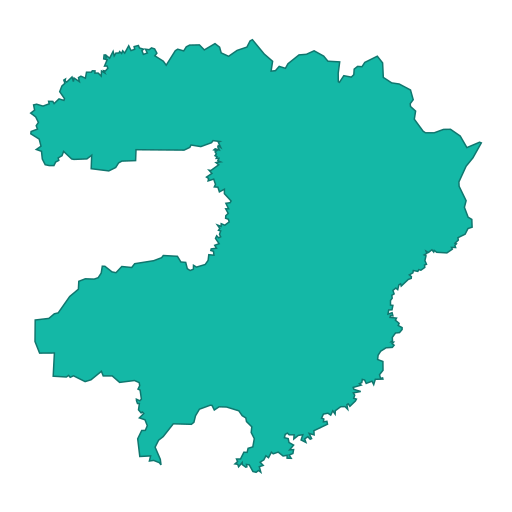 Dong Phu, Bình Phước, Vietnam (Albers equal-area conic projection)
{"feature_id": "81297802B41717626545623", "entity_name": "Dong Phu", "entity_type": "district", "adm_level": 2, "iso_a3": "VNM", "parent_name": "Vietnam", "parent_adm1": "Bình Phước", "projection": "albers", "projection_center": [106.951, 11.479], "detail": "fine", "context": "isolated", "style": "filled", "palette": "teal", "viewbox_px": 512, "rotation_deg": 0, "n_neighbors": 0, "source": "geoboundaries", "source_scale": "gbopen_adm2", "svg_char_len": 5947}
<svg xmlns="http://www.w3.org/2000/svg" viewBox="0 0 512 512"><path d="M377.3,56.2L364.8,62.4L362.0,66.7L357.6,66.4L354.2,69.1L353.8,74.7L351.3,77.1L343.8,75.7L339.4,82.4L338.3,81.7L338.2,73.2L339.7,61.9L327.9,61.2L323.7,56.1L314.1,50.8L306.4,54.3L299.0,54.9L288.0,63.7L285.4,68.3L279.2,66.4L275.4,70.7L271.1,71.1L272.6,61.3L264.2,54.0L252.4,39.7L250.1,40.9L246.9,47.1L237.1,50.4L228.6,56.3L221.2,52.9L219.6,47.2L215.0,43.6L204.3,49.9L199.4,44.9L189.6,45.1L186.3,46.8L183.7,50.9L177.7,49.2L175.3,50.7L166.2,65.2L163.3,61.2L154.8,55.8L156.9,53.2L154.6,48.9L151.5,47.9L149.2,49.7L145.5,49.2L147.3,53.0L143.4,54.4L141.9,50.6L143.6,49.2L139.5,48.0L138.4,45.5L134.1,46.6L134.7,49.3L131.0,50.6L128.7,45.8L124.7,53.1L122.7,50.8L121.6,53.5L119.6,51.6L119.0,53.0L115.9,53.1L114.2,55.9L113.1,51.4L109.6,58.2L106.9,56.0L106.0,57.8L105.7,54.9L104.1,55.0L103.7,58.9L107.2,59.7L104.5,66.1L107.0,66.0L107.9,68.2L105.4,71.0L103.7,70.7L104.9,73.0L101.5,71.0L101.2,76.1L98.2,73.1L94.9,73.1L95.0,70.9L92.3,70.8L91.4,72.2L86.5,72.2L85.4,78.2L80.9,76.2L78.5,77.6L79.4,81.7L74.0,78.0L73.4,81.6L72.0,77.0L66.7,82.1L65.0,80.8L65.4,79.1L63.8,80.1L64.9,83.3L61.9,86.0L59.7,91.7L64.5,98.6L63.9,100.4L59.0,98.9L54.1,103.6L52.8,101.4L48.6,101.3L49.2,103.8L43.0,106.1L36.6,104.2L33.6,104.9L34.6,110.1L30.7,113.1L35.7,116.9L38.4,122.4L36.2,125.7L37.5,129.1L31.1,131.5L30.8,133.8L39.2,139.1L41.0,146.2L36.3,149.5L41.5,151.3L42.3,159.0L45.2,164.7L49.3,165.6L53.9,165.6L55.7,162.0L58.8,160.4L58.2,157.9L62.0,155.7L63.6,151.4L71.7,159.0L73.9,159.4L86.9,158.9L91.7,155.2L91.2,168.7L108.8,170.9L115.7,167.5L118.6,162.9L121.9,161.1L135.6,160.6L136.0,149.7L184.1,150.1L189.8,147.4L191.0,145.0L200.8,146.6L211.5,142.7L213.1,140.6L219.8,141.5L218.3,142.2L220.7,147.4L218.2,145.7L217.8,146.9L219.3,150.0L215.2,148.8L213.9,149.9L216.9,150.6L215.1,151.9L216.4,153.9L215.0,155.7L217.0,156.7L216.2,158.4L218.9,158.3L217.8,160.7L220.6,161.9L216.0,162.6L218.7,164.8L210.9,170.5L209.0,170.2L211.9,173.4L206.5,177.1L208.6,178.5L208.1,180.9L213.7,179.1L215.5,184.4L214.3,186.9L217.9,187.2L219.4,191.9L224.4,189.2L224.4,193.7L231.1,201.0L230.1,202.7L225.9,203.3L228.6,208.8L225.7,208.8L228.2,213.4L225.8,215.7L225.6,218.3L228.3,219.2L229.2,221.9L224.8,225.2L221.2,223.7L221.1,226.4L217.4,225.0L219.8,228.4L218.5,230.3L220.7,230.9L219.5,234.3L220.7,236.8L218.6,237.8L216.7,235.8L215.5,238.4L219.1,243.7L214.7,245.3L216.5,248.2L211.2,248.9L210.8,250.5L213.5,251.3L213.9,255.2L208.8,254.7L208.1,260.4L205.2,264.5L196.5,267.1L193.5,265.3L193.4,269.2L190.1,270.5L187.3,268.7L185.7,262.4L180.9,262.0L177.4,256.3L163.3,255.5L161.6,257.7L153.7,260.7L134.7,263.7L131.7,267.5L121.8,266.5L116.0,272.7L112.0,271.9L104.9,266.3L102.3,266.2L101.2,273.1L98.2,277.7L94.2,279.1L85.3,278.8L78.8,281.3L78.4,289.2L69.7,296.5L58.2,312.9L54.3,313.8L48.9,318.4L35.2,320.0L35.0,341.5L39.6,353.1L54.4,353.0L53.2,376.2L66.4,377.0L68.6,375.4L70.2,377.3L73.5,375.8L85.1,381.6L91.0,379.8L101.4,371.3L103.2,375.9L112.2,375.9L119.6,382.4L134.5,380.5L139.2,382.6L139.7,385.7L138.0,389.1L140.1,390.1L141.4,399.1L139.8,400.8L136.4,399.2L136.5,400.7L137.5,403.5L139.4,403.5L138.5,409.8L141.1,412.9L142.3,412.0L143.8,413.5L139.4,417.9L145.0,419.8L147.3,425.7L145.3,430.4L141.7,430.5L137.7,438.8L139.8,456.5L150.6,455.9L149.4,461.0L153.7,460.4L159.4,462.7L161.0,464.9L160.3,459.3L155.1,447.2L158.6,440.2L163.2,436.6L173.3,423.8L191.4,424.3L193.9,422.3L195.5,415.8L199.4,409.2L210.3,405.2L212.0,405.4L214.3,410.0L219.1,406.8L226.5,407.0L238.8,410.8L242.2,415.7L245.8,417.9L246.5,421.6L251.8,426.8L251.2,432.5L254.3,438.6L252.8,446.9L248.1,448.3L247.1,452.4L243.9,452.2L240.5,459.0L236.5,459.0L237.6,461.6L235.0,463.9L237.7,464.3L238.6,466.8L242.2,462.5L242.3,464.6L245.8,467.2L246.9,466.8L246.4,464.4L249.2,464.8L252.9,471.5L256.1,472.3L258.5,470.5L260.8,472.2L259.3,466.7L263.2,465.4L260.1,462.2L263.8,459.9L265.9,455.8L268.5,457.7L271.4,452.2L273.2,453.8L278.2,452.1L283.1,456.0L287.1,455.3L287.1,458.2L291.2,458.3L289.1,455.0L292.9,453.5L293.6,449.6L289.6,449.9L293.6,445.1L289.0,442.5L288.2,438.6L284.4,437.7L285.2,434.4L287.4,433.1L289.2,434.8L294.1,434.8L293.8,439.0L298.3,435.4L302.8,434.7L301.1,440.0L305.9,442.4L304.7,438.9L307.8,436.7L310.2,439.2L311.6,438.6L309.1,433.4L314.1,434.9L313.9,430.7L327.5,424.2L326.9,421.3L323.4,421.8L323.8,419.0L321.6,418.1L323.4,414.1L327.9,413.2L330.7,415.1L332.8,410.8L335.1,414.1L335.3,410.7L340.7,406.7L345.1,406.6L347.7,409.3L346.9,404.6L348.2,403.8L349.9,406.3L355.4,401.0L356.4,399.1L353.7,398.3L354.7,395.2L353.3,392.9L360.7,391.5L353.8,389.3L353.2,387.4L361.2,385.1L359.4,383.7L361.8,382.6L362.3,379.4L364.6,380.0L366.2,383.4L372.0,381.2L373.7,384.6L375.3,379.3L382.9,379.1L382.6,377.9L380.5,378.3L379.5,374.7L383.0,370.3L382.9,361.5L377.6,359.5L378.1,355.2L380.7,351.2L386.0,347.8L392.3,347.4L394.1,345.2L392.1,343.7L393.6,342.1L391.1,341.9L392.5,340.7L392.3,337.4L395.5,333.0L399.5,332.6L402.1,329.5L402.1,327.6L398.2,325.5L399.1,323.4L395.4,320.2L396.5,318.1L390.0,317.4L390.5,315.6L392.9,315.8L392.1,312.7L388.0,314.1L388.7,310.0L392.0,309.8L392.9,305.4L390.5,305.1L390.5,300.5L392.2,298.2L391.8,295.3L394.1,293.9L392.9,290.4L395.8,288.1L397.7,289.6L398.9,284.8L400.6,283.8L401.2,286.1L408.3,279.4L411.2,278.4L411.4,276.6L409.3,274.9L412.9,272.8L413.3,270.5L417.8,271.4L418.8,269.6L420.9,270.2L424.8,267.4L424.5,265.0L426.5,264.3L424.9,260.6L426.0,255.8L424.2,254.9L426.9,253.4L426.0,251.1L428.4,252.5L431.9,249.8L433.7,252.0L434.2,250.4L436.7,252.3L446.9,252.9L452.3,249.2L451.5,247.4L455.6,247.5L454.8,245.4L456.4,243.8L455.0,243.2L458.3,240.1L457.9,237.7L465.1,234.2L468.0,228.5L472.1,227.2L471.8,219.4L468.1,217.2L464.4,207.3L466.1,200.7L459.1,186.3L458.9,181.9L466.1,166.2L472.9,157.9L481.3,142.9L479.6,142.2L466.9,147.6L460.2,136.0L450.5,129.3L443.5,129.4L434.2,132.8L425.5,132.8L423.1,131.2L414.3,119.2L415.6,111.1L410.5,106.5L410.2,103.7L413.2,99.7L410.5,90.0L399.2,84.0L391.7,82.9L383.3,77.4L382.6,62.9L377.3,56.2Z" fill="#14b8a6" stroke="#0f766e" stroke-width="1.5"/></svg>